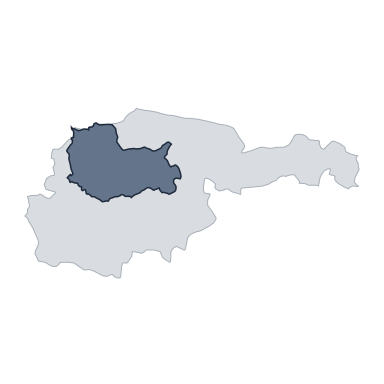 location of Steiermark within Austria, rotated 179°
{"feature_id": "AUT-2323", "entity_name": "Steiermark", "entity_type": "State", "adm_level": 1, "iso_a3": "AUT", "parent_name": "Austria", "parent_adm1": "", "projection": "orthographic", "projection_center": [15.015, 47.22], "detail": "fine", "context": "in_parent", "style": "filled", "palette": "slate", "viewbox_px": 384, "rotation_deg": 179, "n_neighbors": 0, "source": "natural_earth", "source_scale": "10m", "svg_char_len": 7074}
<svg xmlns="http://www.w3.org/2000/svg" viewBox="0 0 384 384"><g transform="rotate(179 192 192)"><path d="M24.5,211.5L28.6,203.9L29.7,199.0L26.8,196.0L25.5,195.0L26.6,194.5L31.0,195.3L34.0,193.9L35.6,192.4L39.4,194.1L45.0,197.6L47.6,199.8L48.7,201.5L49.2,202.8L48.7,205.1L50.0,206.1L52.7,206.6L54.5,207.4L53.6,210.4L53.4,212.9L55.9,212.7L59.2,211.0L61.9,207.7L63.6,204.5L65.3,196.5L65.7,195.8L67.6,196.6L75.3,196.7L78.9,198.4L84.6,198.9L84.4,200.2L85.3,202.2L87.8,205.2L88.9,207.1L91.6,207.6L95.8,206.8L98.3,205.8L99.1,206.6L103.0,206.1L106.4,203.9L107.3,202.2L110.8,201.1L115.4,198.5L121.8,196.6L142.5,195.0L143.3,193.3L143.2,189.2L143.7,188.7L146.3,189.8L150.4,190.8L153.5,192.4L155.5,194.3L157.4,194.5L160.5,193.3L164.5,192.5L168.2,194.6L169.2,196.7L168.5,197.8L168.5,199.5L169.7,201.0L172.7,203.4L176.5,205.5L178.6,205.4L179.4,203.4L180.2,198.8L180.6,193.9L179.8,191.0L177.7,190.3L175.2,190.0L173.9,189.4L174.4,187.8L176.5,183.8L176.6,178.4L172.3,172.2L168.5,166.1L168.6,164.1L171.0,160.7L174.7,158.0L182.9,153.6L185.4,152.7L188.7,152.0L193.4,150.1L195.6,148.2L197.2,146.1L199.6,135.1L200.1,134.6L200.8,134.0L208.8,138.0L209.6,137.3L211.0,136.7L213.6,133.8L214.3,131.6L214.3,127.4L214.6,123.4L215.1,122.2L216.3,122.7L219.8,124.8L222.5,127.1L225.0,133.0L231.1,134.7L238.7,134.9L241.5,132.3L244.0,131.7L246.8,132.5L252.7,133.5L253.4,128.7L256.8,123.8L258.3,122.1L262.6,122.3L263.7,118.6L264.8,108.4L265.7,107.3L268.8,107.5L271.9,109.4L272.9,110.9L274.5,110.8L276.8,109.7L279.3,109.1L283.2,110.1L291.6,114.7L296.0,116.4L298.7,116.0L301.3,116.0L311.4,123.1L318.3,124.0L324.7,123.9L326.7,121.7L329.4,119.8L332.2,120.0L334.7,120.9L339.5,123.9L341.8,124.7L344.7,125.1L346.9,125.7L349.0,131.1L350.1,132.5L349.9,133.2L349.7,135.6L348.1,138.7L346.4,142.8L346.6,146.4L351.6,158.5L355.9,165.9L356.8,168.7L359.5,170.9L357.0,173.7L356.7,177.8L355.1,179.6L354.7,182.0L355.4,184.1L355.5,186.7L356.5,190.4L352.4,191.3L347.6,191.3L345.9,191.5L344.3,192.6L342.6,192.1L338.1,188.8L335.6,188.1L333.9,188.3L332.6,189.8L330.4,191.8L328.3,193.2L328.8,194.3L337.9,197.2L339.7,202.0L338.0,205.9L337.4,207.8L335.3,209.3L332.7,210.7L329.6,211.0L329.2,213.1L330.6,219.3L329.6,220.6L328.6,222.5L329.7,227.6L331.6,227.9L332.1,229.0L331.8,231.1L331.5,233.3L330.8,235.6L330.5,236.6L329.2,237.3L325.1,237.0L321.6,239.0L314.6,246.2L312.1,247.4L309.5,250.3L309.7,256.5L309.4,257.1L308.7,258.4L300.2,256.3L299.9,256.3L294.2,257.2L290.3,260.0L285.6,261.7L275.6,260.9L266.0,262.0L263.7,262.8L261.2,263.3L258.8,265.0L257.5,267.3L255.0,270.2L251.6,272.5L247.9,274.3L247.0,275.8L245.7,276.7L243.7,275.5L242.0,275.6L239.9,274.8L233.1,273.9L225.5,272.4L222.0,271.1L217.9,270.0L213.6,269.1L209.7,268.8L207.7,268.4L198.3,265.9L192.1,265.6L184.0,264.5L167.8,260.6L163.1,259.1L158.6,258.5L153.3,257.1L149.3,255.0L146.9,251.2L144.3,246.2L139.4,239.5L138.5,236.3L140.2,233.5L141.8,231.4L141.7,230.5L140.5,230.0L131.5,232.4L122.8,235.6L119.4,235.5L116.1,234.6L111.8,234.3L107.6,235.1L99.2,235.2L94.2,237.5L90.8,242.4L88.9,246.3L87.4,247.5L84.4,247.9L80.1,247.3L77.1,245.9L74.1,242.3L69.3,241.6L64.8,241.2L63.7,240.5L63.9,238.3L62.4,233.9L59.6,232.4L51.6,239.9L49.5,240.5L43.5,237.9L38.5,234.2L38.1,231.7L37.3,229.6L33.0,227.3L27.6,225.6L25.8,225.5L26.6,224.4L27.4,222.4L27.1,220.7L25.9,219.0L25.3,217.1L25.3,215.4L25.0,213.9L24.8,212.6L24.5,211.5Z" fill="#d9dde1" stroke="#a8b0b8" stroke-width="1"/><path d="M311.8,248.0L309.9,248.4L309.7,248.6L309.3,249.1L309.5,249.3L309.5,249.8L309.3,251.8L309.3,252.0L309.2,253.0L309.3,254.1L309.8,255.7L310.7,256.3L311.3,257.3L311.4,258.8L310.5,257.8L310.0,257.4L309.2,257.3L308.2,257.1L305.2,255.6L303.9,255.4L302.7,255.5L301.0,256.2L299.7,256.8L298.5,256.8L295.1,256.4L294.3,255.9L294.2,256.9L294.2,257.7L294.0,258.3L293.7,258.5L292.9,258.8L292.2,258.6L291.3,258.7L290.3,258.9L289.7,259.5L289.2,260.4L289.2,260.5L289.1,261.1L288.9,261.5L288.8,261.8L288.0,262.4L286.6,262.7L285.6,262.0L285.4,261.9L284.6,261.2L283.3,260.7L280.8,260.8L275.1,261.1L273.7,261.0L270.7,260.7L270.3,260.2L267.5,257.0L267.0,255.4L266.9,253.2L266.3,250.9L265.7,249.4L265.4,248.5L265.4,247.9L265.4,247.5L265.7,246.8L266.0,246.2L266.2,245.4L266.3,243.4L262.8,238.1L261.1,235.9L260.4,235.3L260.0,235.1L259.3,234.9L254.4,236.1L248.9,236.5L247.7,236.0L244.8,236.2L243.6,236.1L239.1,237.6L238.3,237.6L237.9,237.5L237.8,237.3L237.3,237.0L236.6,236.6L233.4,235.6L231.6,234.3L230.5,233.8L228.9,233.7L227.6,233.9L222.7,236.2L222.0,236.7L221.7,237.2L221.5,237.5L221.3,237.9L220.6,239.1L218.9,239.9L216.1,242.0L215.3,242.2L214.5,242.3L214.1,242.1L213.5,241.6L211.8,240.2L213.6,238.0L215.5,234.5L216.0,233.3L216.3,232.5L216.2,231.2L216.3,230.4L216.7,229.8L218.0,228.6L218.9,227.5L219.0,226.8L218.7,226.3L217.3,225.3L215.9,223.4L215.6,222.8L215.4,222.1L215.3,221.6L215.0,220.9L214.1,219.4L213.4,217.9L212.8,217.5L212.1,217.7L211.5,218.2L210.2,218.3L209.5,218.6L208.9,219.1L208.3,219.3L207.6,219.1L206.9,218.5L205.5,217.2L204.4,214.8L203.1,210.4L202.8,208.0L202.8,207.5L203.2,206.3L203.5,205.4L207.6,206.2L208.0,206.0L208.6,205.9L208.7,205.7L209.8,204.7L210.0,204.5L210.2,204.2L210.3,203.6L210.3,202.7L210.1,201.6L209.8,200.7L209.4,200.2L208.9,199.6L208.4,198.9L208.1,198.2L207.9,197.5L207.9,196.9L208.0,195.6L208.1,194.8L208.4,193.9L208.9,193.2L209.7,192.6L214.4,190.3L214.9,190.2L215.3,190.3L216.3,190.9L216.9,191.2L218.2,191.5L219.4,191.9L220.1,192.1L222.0,191.9L223.9,194.2L224.4,195.5L224.5,196.0L224.7,196.6L225.0,196.6L225.9,196.0L228.0,195.4L229.6,194.7L230.2,194.5L230.6,194.6L233.1,196.4L234.1,196.8L234.9,197.1L236.2,197.1L237.3,196.8L239.3,195.3L240.4,194.6L241.8,194.2L242.5,193.8L243.0,193.4L243.2,192.9L243.7,192.3L250.0,189.8L252.8,187.5L254.3,188.8L258.9,188.8L259.1,188.9L259.5,189.3L260.8,190.4L261.8,190.6L262.9,190.3L264.0,189.6L265.7,188.9L266.6,188.6L267.3,188.6L268.0,188.7L268.4,188.7L269.8,188.3L272.0,187.5L273.7,187.1L274.1,186.8L274.6,186.3L274.8,185.8L276.0,184.3L277.8,184.5L278.1,184.5L280.8,183.9L281.7,183.9L282.4,184.2L284.2,185.9L287.8,187.7L289.5,188.9L292.5,189.1L293.4,190.1L293.9,190.8L294.6,191.2L295.4,191.7L295.9,191.8L296.3,191.8L296.7,191.7L297.3,191.8L297.6,192.1L297.8,192.5L298.1,194.4L298.2,195.2L298.6,196.0L299.0,196.3L299.5,196.3L300.9,195.4L301.5,195.3L301.8,195.5L302.1,195.8L302.3,196.3L302.4,196.5L302.5,196.9L302.5,197.3L302.4,197.8L302.3,198.4L302.2,198.7L302.3,199.1L302.6,199.3L302.9,199.3L304.0,199.3L305.2,200.2L305.7,201.2L306.3,202.7L309.9,203.3L310.9,203.8L311.4,204.2L311.7,204.4L312.0,204.4L312.4,204.2L313.5,203.7L313.7,203.8L313.8,204.0L314.0,204.3L314.1,204.7L314.2,205.2L314.2,205.5L314.5,206.2L315.0,207.1L316.5,208.4L314.0,211.1L313.2,211.6L313.0,211.3L312.9,210.9L312.7,210.5L312.1,210.6L311.7,211.1L311.0,212.0L310.9,212.5L310.9,213.1L311.7,215.0L312.3,216.6L312.7,218.4L313.1,220.8L313.2,221.8L314.4,226.6L314.5,228.3L314.0,230.3L314.1,231.0L314.3,231.9L314.7,232.6L316.3,234.7L316.4,235.2L316.4,235.7L316.1,236.4L314.9,238.1L312.8,241.0L311.3,242.4L310.9,243.0L310.8,243.6L310.8,244.3L310.6,245.4L310.6,245.8L310.9,246.1L311.4,246.5L311.6,246.8L311.7,247.7L311.8,247.9L311.8,248.0Z" fill="#64748b" stroke="#1e293b" stroke-width="1.5"/></g></svg>